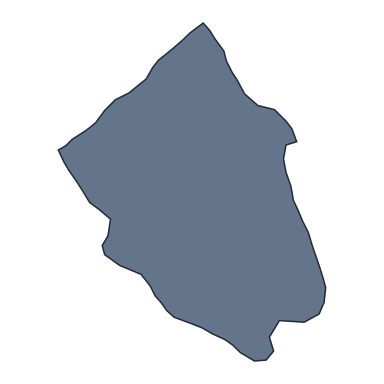 outline of Patanissos, Cyprus, rotated 90°
{"feature_id": "46923920B57147511667034", "entity_name": "Patanissos", "entity_type": "district", "adm_level": 2, "iso_a3": "CYP", "parent_name": "Cyprus", "parent_adm1": "", "projection": "albers", "projection_center": [34.094, 35.479], "detail": "fine", "context": "isolated", "style": "filled", "palette": "slate", "viewbox_px": 384, "rotation_deg": 90, "n_neighbors": 0, "source": "geoboundaries", "source_scale": "gbopen_adm2", "svg_char_len": 1012}
<svg xmlns="http://www.w3.org/2000/svg" viewBox="0 0 384 384"><g transform="rotate(90 192 192)"><path d="M150.0,325.7L162.3,319.9L170.6,315.0L181.3,307.5L181.8,307.2L190.4,301.7L202.7,294.2L209.3,285.1L219.2,273.5L235.7,276.0L245.6,281.8L254.7,279.3L265.4,264.4L274.4,242.9L286.0,233.8L295.9,228.8L302.5,223.0L310.7,217.2L317.3,209.8L323.1,194.0L328.0,181.6L333.8,171.7L339.5,159.3L345.3,151.0L352.7,143.5L361.0,129.5L360.1,117.9L351.1,110.4L337.1,114.6L320.6,104.6L322.2,79.8L314.0,64.9L302.4,59.9L287.6,58.3L278.5,60.8L267.8,64.1L246.4,71.5L232.4,75.7L220.9,81.5L211.0,85.6L200.3,90.6L186.2,93.1L172.2,98.0L159.0,100.5L145.0,98.0L141.7,87.3L128.6,92.2L121.1,98.0L109.6,109.6L105.5,126.2L93.9,139.4L79.9,146.9L72.5,151.8L61.0,157.6L51.1,160.1L38.7,169.2L30.5,174.2L23.0,180.8L32.9,194.0L39.5,200.7L50.2,213.1L60.1,225.5L67.5,231.3L79.1,237.9L85.7,246.2L93.1,255.3L99.7,268.6L110.4,279.3L122.8,288.4L130.2,297.6L139.2,311.6L145.8,318.3L150.0,325.7Z" fill="#64748b" stroke="#1e293b" stroke-width="1.5"/></g></svg>